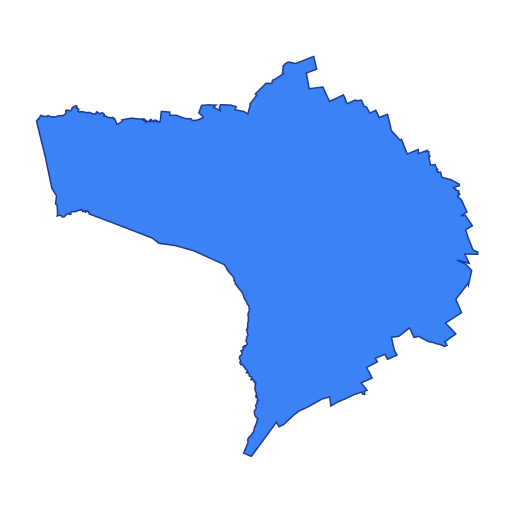 Ngaka Modiri Molema, North West, South Africa (orthographic projection), rotated 271°
{"feature_id": "47623444B28912463422483", "entity_name": "Ngaka Modiri Molema", "entity_type": "district", "adm_level": 2, "iso_a3": "ZAF", "parent_name": "South Africa", "parent_adm1": "North West", "projection": "orthographic", "projection_center": [25.83, -25.802], "detail": "fine", "context": "isolated", "style": "filled", "palette": "blue", "viewbox_px": 512, "rotation_deg": 271, "n_neighbors": 0, "source": "geoboundaries", "source_scale": "gbopen_adm2", "svg_char_len": 6051}
<svg xmlns="http://www.w3.org/2000/svg" viewBox="0 0 512 512"><g transform="rotate(271 256 256)"><path d="M398.0,67.1L398.6,65.4L398.6,64.4L398.3,63.5L397.3,63.2L396.3,63.8L395.7,63.6L394.1,62.1L392.5,59.8L393.1,58.7L392.6,57.3L392.9,56.5L391.2,51.8L391.9,50.2L391.4,49.3L392.8,45.6L392.6,45.2L391.7,44.7L392.0,42.8L391.8,40.7L392.7,39.7L392.8,38.2L389.5,36.8L389.6,36.0L386.9,34.2L351.2,43.7L320.1,50.7L312.7,55.5L304.5,54.7L303.5,56.3L294.3,56.9L292.6,56.5L293.1,57.9L293.2,60.2L292.9,60.7L291.9,61.3L291.6,63.2L294.9,66.6L295.2,66.7L294.4,69.2L294.5,70.1L295.0,70.2L295.6,69.6L295.9,69.6L296.3,70.2L296.9,70.6L297.2,72.5L297.0,73.9L297.5,75.0L297.4,75.8L298.3,76.3L298.6,79.5L299.0,80.5L299.6,80.8L298.9,81.8L298.1,81.6L297.5,81.9L297.5,83.7L298.2,84.3L298.2,84.6L297.0,84.8L296.8,85.1L298.4,86.8L297.8,87.4L296.8,87.7L296.5,88.2L294.8,88.7L294.9,89.1L291.3,99.4L272.1,152.1L267.0,158.6L265.1,174.8L260.2,193.5L246.7,224.8L246.1,224.8L244.3,226.5L242.7,226.9L238.7,229.9L238.1,230.8L237.5,231.0L235.1,233.6L234.0,233.8L232.8,234.7L232.6,234.5L231.7,234.7L230.9,234.4L230.3,235.4L229.4,235.8L227.4,235.8L226.9,236.8L225.8,237.4L225.1,238.5L224.5,238.5L223.6,239.2L222.1,240.5L221.4,240.9L220.4,242.1L219.3,242.8L217.0,243.9L213.4,245.0L212.0,246.1L210.9,246.6L210.0,247.6L207.4,248.3L206.6,249.3L205.8,249.7L204.4,250.1L203.5,249.9L201.9,250.5L198.5,249.1L196.0,249.1L194.3,249.6L192.5,249.3L192.0,249.7L190.4,249.5L189.7,249.1L185.5,248.8L184.8,249.2L184.1,248.7L183.0,248.6L182.6,248.0L182.0,247.8L180.1,248.6L178.6,248.7L177.2,249.3L176.1,249.2L175.5,248.5L174.7,248.1L172.6,248.1L171.8,247.5L170.3,247.7L168.9,248.7L167.9,248.9L167.0,248.3L166.5,247.5L165.8,247.1L166.0,246.0L164.6,245.9L164.6,245.6L165.2,244.9L165.0,244.6L164.1,244.9L162.0,244.6L161.6,244.1L161.0,242.6L160.3,242.8L159.3,243.7L157.6,243.5L156.3,242.8L155.9,241.8L153.5,241.1L150.7,242.8L150.2,242.6L149.9,241.9L149.3,241.7L147.1,242.6L147.1,243.0L147.7,243.7L147.7,244.2L145.3,245.5L144.4,247.2L142.9,247.2L141.4,249.5L140.5,249.5L139.3,248.4L138.9,248.8L139.2,249.9L138.8,250.1L138.8,250.6L137.8,251.1L135.8,251.5L134.8,253.7L133.5,254.1L132.7,253.1L132.2,253.1L132.3,255.5L131.4,255.7L130.8,256.5L129.6,256.5L129.4,257.1L129.8,257.7L129.7,258.0L129.1,258.1L127.6,257.4L125.8,257.8L124.8,257.1L123.4,257.5L122.7,257.3L121.6,257.8L120.5,257.9L118.8,259.0L117.1,258.4L116.1,259.4L115.7,259.2L115.6,258.4L115.2,258.1L114.8,258.6L114.7,259.6L113.4,259.7L112.0,261.0L110.8,259.5L110.1,259.5L109.2,260.0L107.3,258.6L106.3,258.3L105.4,258.4L104.7,259.0L104.0,258.9L102.9,258.6L102.0,257.7L100.7,257.0L97.7,257.4L95.2,258.5L93.4,260.8L92.7,260.8L92.2,260.0L91.6,259.8L89.7,259.8L88.9,259.3L86.4,258.5L85.5,257.8L80.1,256.6L78.4,255.2L76.8,254.5L74.8,252.2L73.3,251.3L72.0,251.0L70.1,251.3L69.0,251.2L58.8,247.1L55.5,254.8L90.3,279.4L85.6,282.0L88.1,286.7L97.8,296.7L101.9,301.9L103.9,306.3L106.9,312.1L114.1,324.4L116.4,332.1L107.4,333.4L111.7,340.7L114.4,347.0L119.1,356.5L121.9,364.3L119.9,364.8L119.5,367.1L122.7,366.8L123.7,369.4L130.9,363.3L136.0,374.2L142.1,371.0L146.4,368.4L152.4,379.2L155.7,377.0L160.0,386.5L155.0,389.4L159.4,398.7L164.4,395.9L177.0,392.8L178.2,400.1L186.8,410.8L177.3,415.4L177.9,418.1L178.6,420.0L177.8,421.6L177.0,422.7L174.2,428.6L173.4,429.8L172.4,435.3L171.2,438.7L171.0,440.8L169.4,444.8L168.8,445.7L170.0,448.5L173.6,446.3L181.5,457.1L186.7,452.3L192.2,446.5L203.0,462.5L216.2,456.5L232.2,468.4L230.6,468.9L245.2,471.9L251.2,466.2L255.6,457.0L252.3,469.3L261.6,464.7L261.6,477.7L263.6,477.8L266.0,472.8L278.0,467.8L286.0,465.1L290.0,471.8L300.3,464.6L299.8,460.2L303.7,466.2L316.0,460.2L319.0,456.4L320.4,457.4L320.2,457.8L321.5,458.6L322.4,457.2L323.2,457.6L323.3,457.1L324.5,457.6L325.5,454.5L326.5,454.6L326.6,453.4L327.9,452.4L329.9,458.2L331.4,457.8L335.7,449.7L337.9,440.4L343.1,439.1L342.7,437.1L343.4,436.7L343.1,436.1L344.9,435.3L345.9,436.8L345.5,435.7L350.5,433.3L349.9,428.9L358.0,427.1L358.6,428.1L360.8,427.0L362.8,427.0L362.6,426.8L364.7,425.3L363.2,423.8L363.9,423.4L361.1,416.6L365.3,416.4L360.6,405.5L375.2,399.4L374.5,397.7L384.0,388.9L387.5,388.3L400.0,385.0L396.6,376.7L403.8,373.2L400.9,367.4L406.9,363.8L407.6,361.5L413.7,358.7L412.9,353.7L413.8,352.9L409.8,344.2L416.1,341.9L418.6,340.6L411.8,326.8L426.1,319.9L424.2,306.3L439.8,303.1L443.9,313.4L456.5,310.2L449.2,292.4L450.5,285.1L448.8,281.8L447.2,280.9L446.9,280.0L439.7,279.3L438.9,280.4L432.4,270.9L432.2,269.5L428.8,268.8L428.9,263.1L418.0,252.5L416.6,253.8L407.8,247.3L406.0,247.4L397.9,245.3L400.3,241.3L401.8,232.4L405.0,233.7L406.4,228.2L406.7,217.8L403.4,216.8L400.6,217.8L404.1,210.9L406.1,213.5L406.3,205.4L405.6,199.0L398.1,196.3L394.4,200.6L393.5,200.7L391.7,197.0L390.7,194.3L390.4,189.9L392.1,188.6L392.1,183.1L394.3,176.6L395.3,174.3L395.2,167.4L398.4,167.3L398.9,158.8L388.4,157.8L388.4,157.1L388.7,157.0L388.4,156.4L388.8,155.8L388.6,155.2L388.9,155.0L388.5,155.0L388.8,154.3L388.6,154.0L388.8,153.8L389.1,154.2L389.5,154.2L389.6,153.3L390.1,152.9L389.9,152.6L389.6,152.9L389.7,152.2L389.2,151.8L389.6,151.5L388.5,151.1L389.3,150.2L389.2,149.3L389.7,149.1L389.3,148.7L390.0,148.9L390.0,148.5L390.4,148.6L390.4,148.2L390.6,148.2L390.4,147.8L389.3,147.2L388.1,144.9L388.4,144.0L388.6,144.3L388.9,144.1L388.9,143.8L388.5,143.5L388.8,143.5L388.9,143.0L389.1,143.2L389.5,142.9L389.6,143.6L389.9,143.2L389.8,142.8L390.4,142.4L389.5,141.9L389.5,141.4L390.1,141.2L389.9,140.9L390.2,140.7L390.8,140.9L390.5,140.4L391.1,140.2L390.8,138.5L391.6,128.6L389.7,119.5L388.7,120.1L386.4,117.2L385.2,114.7L390.9,112.3L390.8,111.3L391.2,111.4L391.4,110.9L392.2,110.3L391.6,108.9L391.7,107.7L392.1,107.1L391.9,104.9L393.3,103.7L393.4,102.9L393.0,102.4L393.1,101.7L393.3,101.4L393.8,101.3L394.9,101.9L395.8,101.1L396.6,99.4L395.5,97.2L396.0,96.3L397.1,95.2L397.4,94.4L396.8,93.7L395.9,93.9L395.4,93.5L395.1,91.1L396.7,86.8L396.4,84.1L397.2,80.5L397.2,78.0L396.5,77.2L397.3,76.5L397.4,75.7L398.9,76.2L399.7,76.2L400.5,74.9L400.7,73.9L402.4,74.5L403.2,73.1L401.8,71.1L401.3,69.8L398.8,68.9L398.1,68.1L398.0,67.1Z" fill="#3b82f6" stroke="#1e3a8a" stroke-width="1.5"/></g></svg>